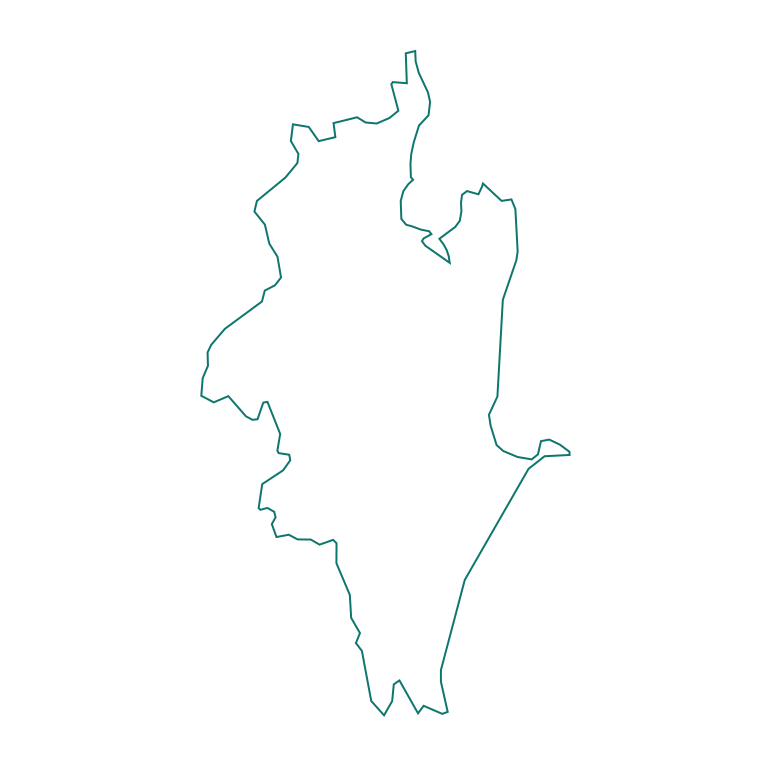 an SVG outline of Dorset, rotated 268°
{"feature_id": "GBR-2051", "entity_name": "Dorset", "entity_type": "Administrative County", "adm_level": 1, "iso_a3": "GBR", "parent_name": "United Kingdom", "parent_adm1": "", "projection": "equal_earth", "projection_center": [-2.221, 50.805], "detail": "fine", "context": "isolated", "style": "outline", "palette": "teal", "viewbox_px": 768, "rotation_deg": 268, "n_neighbors": 0, "source": "natural_earth", "source_scale": "10m", "svg_char_len": 1835}
<svg xmlns="http://www.w3.org/2000/svg" viewBox="0 0 768 768"><g transform="rotate(268 384 384)"><path d="M715.7,426.8L705.3,426.9L693.8,429.6L673.9,438.1L664.4,439.9L651.0,437.9L641.1,428.0L624.6,422.2L613.1,419.3L603.0,418.1L594.8,418.1L589.7,418.1L587.1,420.2L582.8,415.2L575.9,410.0L566.3,407.1L555.3,407.1L548.4,407.1L542.4,411.7L540.6,417.5L537.0,426.3L535.1,434.4L532.1,436.6L528.1,428.7L525.4,426.9L520.7,430.2L502.8,453.9L509.6,453.1L515.7,451.3L521.5,448.4L527.2,444.4L538.4,460.6L544.5,465.5L554.0,467.4L562.7,467.3L570.3,468.6L573.9,473.7L570.3,485.0L577.9,488.9L580.9,489.9L562.9,507.9L564.0,517.8L554.3,521.4L511.9,522.2L503.1,520.6L464.0,505.7L367.5,496.9L349.6,487.8L338.6,489.1L319.0,494.4L312.9,500.8L306.4,514.9L303.5,529.0L308.3,535.4L321.4,538.9L322.7,547.2L317.2,557.7L309.8,567.0L306.6,567.0L306.2,542.0L294.2,525.5L185.4,457.9L96.1,430.9L84.4,430.5L54.1,436.2L52.3,430.7L61.0,412.4L53.7,406.5L87.2,389.1L83.5,383.3L66.8,381.1L52.9,372.5L67.6,360.2L118.0,352.6L126.1,346.9L135.9,351.3L151.5,343.0L174.4,342.5L206.5,330.2L226.5,331.0L230.0,327.7L225.7,314.0L231.1,305.4L231.7,292.2L236.7,283.6L234.8,271.2L247.9,267.0L254.5,271.0L260.1,269.8L264.2,263.2L262.6,256.1L264.3,254.4L288.2,258.8L301.3,280.2L311.1,287.7L316.6,286.8L318.6,276.3L321.1,275.1L337.7,278.5L370.2,266.9L369.6,262.7L353.2,256.4L352.8,251.3L356.5,244.9L377.3,228.0L371.6,213.2L378.6,201.0L396.1,203.0L408.4,208.7L421.7,208.8L429.2,212.7L444.7,226.9L470.7,264.9L481.5,268.1L486.5,278.5L494.0,284.8L514.9,282.0L528.2,274.3L547.5,270.5L560.9,260.5L571.4,263.4L593.7,292.6L607.9,305.2L616.9,306.5L630.1,299.4L646.7,302.1L643.5,317.8L629.0,327.2L632.4,344.0L646.5,342.7L651.5,366.4L646.0,374.7L644.6,385.8L649.7,398.8L656.6,407.9L683.4,401.8L685.4,403.4L683.8,417.3L713.7,417.3L715.7,426.8Z" fill="none" stroke="#0f766e" stroke-width="2"/></g></svg>